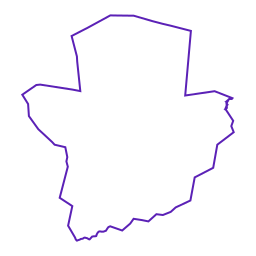 the district of Chuluut, Arhangay, Mongolia
{"feature_id": "93677404B8856161133659", "entity_name": "Chuluut", "entity_type": "district", "adm_level": 2, "iso_a3": "MNG", "parent_name": "Mongolia", "parent_adm1": "Arhangay", "projection": "natural_earth1", "projection_center": [100.382, 47.497], "detail": "fine", "context": "isolated", "style": "outline", "palette": "violet", "viewbox_px": 256, "rotation_deg": 0, "n_neighbors": 0, "source": "geoboundaries", "source_scale": "gbopen_adm2", "svg_char_len": 2273}
<svg xmlns="http://www.w3.org/2000/svg" viewBox="0 0 256 256"><path d="M214.6,91.2L185.2,95.5L190.9,30.9L170.7,25.7L162.6,23.8L152.3,21.1L133.7,15.7L116.5,15.5L110.3,15.4L86.3,28.5L86.2,28.5L71.6,36.0L76.9,56.4L77.2,61.5L80.3,91.1L72.0,89.5L71.9,89.5L40.2,84.6L36.3,85.0L22.3,94.7L28.1,104.0L28.9,116.1L38.3,129.2L52.1,142.0L54.6,144.7L65.3,147.2L67.3,157.1L66.4,161.4L67.8,166.7L59.7,197.8L72.3,206.1L68.1,225.7L75.2,237.8L75.4,238.7L76.0,239.6L76.3,240.1L76.8,240.6L77.1,240.6L77.9,240.2L78.7,240.0L80.0,239.5L80.7,239.0L81.3,238.9L82.1,238.8L82.9,238.6L83.7,238.0L84.3,237.7L84.9,237.6L85.6,237.8L86.2,238.0L86.9,238.1L87.3,238.3L88.0,238.7L88.8,239.2L89.4,239.4L89.7,239.3L92.1,236.6L92.7,236.5L93.4,236.3L94.5,236.3L95.7,236.2L96.1,236.1L96.4,235.7L96.6,234.6L97.1,233.7L97.7,232.7L98.6,231.7L99.6,231.4L100.9,231.5L101.5,231.7L102.5,231.7L103.7,231.6L104.3,231.3L105.5,230.9L106.0,230.7L106.5,229.8L107.1,228.9L107.7,228.0L108.4,227.1L110.2,226.3L122.2,230.5L130.2,223.6L133.6,218.8L142.0,220.1L148.4,221.4L156.4,214.2L162.9,215.0L170.7,211.9L175.7,207.4L190.4,200.5L194.7,177.4L213.2,167.8L217.3,144.7L233.7,132.2L231.3,126.1L233.2,120.8L225.9,109.7L225.6,109.6L225.4,109.5L225.4,109.2L225.2,109.1L225.3,109.0L225.5,109.0L225.8,109.0L226.1,108.8L226.4,108.5L226.6,108.3L226.7,108.2L226.8,108.0L226.9,107.8L226.8,107.6L226.6,107.6L226.4,107.7L226.2,107.7L225.9,107.4L226.0,107.2L226.4,107.1L226.4,106.9L226.4,106.7L226.6,106.6L226.7,106.3L226.9,106.1L226.9,105.9L226.8,106.0L226.7,106.0L226.4,106.2L226.5,105.9L226.7,105.7L226.8,105.6L226.9,105.4L227.0,105.3L227.1,105.1L227.3,104.9L227.2,104.8L226.9,104.9L226.6,104.8L226.6,104.6L226.8,104.5L226.9,104.3L227.1,104.2L226.9,104.0L226.9,103.8L226.7,103.8L226.6,103.7L226.5,103.4L226.5,103.1L226.8,103.0L226.9,102.8L226.7,102.7L226.9,102.5L226.9,102.3L226.8,102.2L226.7,102.1L226.8,102.1L226.8,101.7L226.7,101.4L226.7,101.2L226.9,101.1L227.0,101.0L227.1,100.9L227.2,101.0L227.3,101.1L227.6,101.1L227.6,100.9L227.8,100.8L228.1,100.6L228.0,100.3L228.0,100.2L228.3,99.9L228.4,99.7L228.5,99.6L228.9,99.3L229.0,99.1L229.3,99.0L229.5,98.9L229.7,99.0L230.0,99.0L230.4,99.0L230.7,98.9L231.0,98.9L231.3,98.9L231.5,99.0L231.8,98.9L232.1,98.7L232.4,98.4L232.5,98.2L214.6,91.2Z" fill="none" stroke="#5b21b6" stroke-width="2"/></svg>